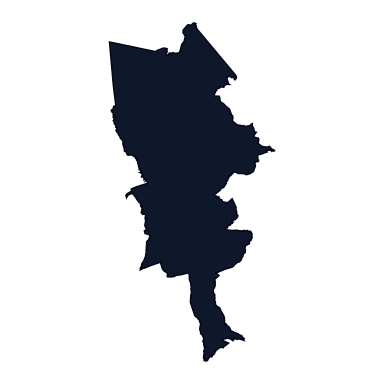 Cocu, Arges, Romania
{"feature_id": "2599482B3683205747186", "entity_name": "Cocu", "entity_type": "district", "adm_level": 2, "iso_a3": "ROU", "parent_name": "Romania", "parent_adm1": "Arges", "projection": "robinson", "projection_center": [24.657, 44.87], "detail": "fine", "context": "isolated", "style": "filled", "palette": "ink", "viewbox_px": 384, "rotation_deg": 0, "n_neighbors": 0, "source": "geoboundaries", "source_scale": "gbopen_adm2", "svg_char_len": 6058}
<svg xmlns="http://www.w3.org/2000/svg" viewBox="0 0 384 384"><path d="M242.8,256.6L243.5,253.7L245.2,252.5L245.4,249.9L244.7,247.7L245.2,247.2L245.5,245.8L249.5,243.5L248.9,241.8L250.9,240.5L252.2,237.2L251.8,235.5L252.0,233.8L250.6,231.3L248.9,231.4L247.2,230.4L246.1,231.1L244.2,230.4L242.4,230.9L239.6,230.8L236.7,230.2L232.1,230.5L226.9,229.9L225.8,230.4L225.5,229.4L226.2,228.0L227.4,227.9L227.9,225.7L230.3,225.1L231.1,223.6L232.2,223.4L233.1,222.2L232.0,222.1L231.4,220.8L233.6,220.2L235.8,219.0L237.6,216.9L237.8,215.3L236.4,213.9L236.8,212.4L235.9,209.1L236.1,207.3L232.1,198.7L228.6,202.1L226.8,202.6L223.8,202.0L222.4,201.6L221.8,199.9L220.0,199.2L219.1,198.1L218.8,196.7L217.9,197.1L216.8,196.5L216.2,195.9L215.2,195.7L214.1,194.5L216.4,193.2L219.8,190.5L221.5,188.2L223.7,187.4L226.3,183.3L225.9,182.1L227.5,180.7L228.2,178.5L228.9,177.6L229.0,176.5L230.7,175.5L232.9,173.2L233.0,172.3L233.3,172.1L236.0,172.2L238.0,173.5L242.4,173.5L244.4,173.8L246.4,174.7L250.3,173.5L253.4,171.4L255.4,166.1L255.4,164.9L254.6,162.9L256.2,161.7L257.4,161.7L258.5,161.2L258.5,160.2L257.7,158.5L257.7,155.8L258.3,154.8L262.9,153.6L263.0,153.3L267.0,152.0L266.6,151.4L267.9,150.2L271.1,150.3L271.7,151.3L272.9,150.7L273.9,151.2L274.5,150.4L271.5,148.8L269.6,146.4L267.3,147.1L263.7,146.8L260.9,145.8L259.4,144.3L258.5,143.9L258.2,142.6L258.8,139.6L258.4,138.2L255.1,137.5L253.5,136.1L255.2,133.8L255.0,133.3L256.3,132.4L255.8,132.0L254.4,132.0L253.8,128.6L252.7,126.7L252.1,124.8L252.3,123.7L251.2,124.2L249.7,125.9L248.1,125.8L246.0,126.5L243.1,125.5L241.0,126.0L240.3,125.3L237.5,125.0L233.3,121.8L232.3,120.2L232.9,118.3L232.7,116.1L231.4,114.5L229.5,109.2L225.7,106.0L223.4,103.6L220.8,102.2L220.0,100.2L219.7,97.3L219.1,96.2L215.2,96.1L213.8,95.7L216.0,90.8L216.6,90.6L216.1,89.4L216.6,89.0L219.1,88.3L219.3,87.8L221.3,86.9L223.7,87.2L224.2,86.8L224.2,85.2L225.8,85.0L226.1,84.4L229.3,84.4L228.7,84.0L226.9,78.9L227.0,78.0L228.6,76.2L229.0,75.9L231.8,77.6L232.2,77.1L233.2,77.5L233.8,77.9L234.6,78.9L234.4,79.4L235.0,79.8L236.2,78.4L236.5,77.3L235.8,75.4L197.1,29.1L196.2,26.9L195.4,26.9L195.4,25.9L196.1,25.6L195.3,24.5L195.9,23.7L194.9,23.1L193.3,23.0L190.9,25.4L188.8,24.7L187.6,25.0L183.1,30.1L183.0,32.8L185.0,35.7L185.2,36.7L184.3,40.9L181.8,44.4L179.8,51.9L178.5,53.0L175.1,53.4L172.7,52.6L171.6,53.2L170.7,54.2L170.1,53.1L169.4,52.9L168.4,54.9L167.3,55.3L166.8,54.7L166.3,53.2L166.4,52.3L167.2,51.9L166.9,50.7L167.1,48.8L165.9,49.0L165.8,48.3L163.3,48.1L157.2,50.4L156.4,50.9L155.9,51.7L109.5,42.0L113.3,85.0L115.8,105.5L113.6,106.5L113.2,108.6L112.5,109.7L111.4,110.0L111.3,110.5L111.8,111.1L111.7,111.7L113.4,113.3L113.2,114.0L113.6,114.5L113.2,115.6L114.2,116.0L114.2,116.5L113.2,117.2L114.0,117.8L113.9,119.0L114.4,119.7L113.3,120.5L113.4,120.9L114.4,121.6L114.2,123.4L115.1,124.6L116.0,125.2L115.7,127.1L116.9,127.6L116.6,129.8L116.0,130.1L116.7,131.9L118.2,133.3L118.3,134.3L120.2,137.2L120.5,138.5L122.0,139.7L123.1,141.9L122.8,144.1L123.9,145.2L123.3,145.9L124.2,148.0L124.5,151.2L126.4,152.2L127.0,154.2L127.6,155.0L129.0,155.2L131.7,154.7L132.6,155.6L135.1,156.9L135.7,158.5L137.3,159.2L136.6,160.1L137.7,161.5L137.7,163.3L138.6,164.9L138.4,165.9L138.8,167.2L140.0,168.5L139.0,169.0L140.8,171.1L141.8,170.7L142.2,170.9L142.2,171.7L140.0,172.6L141.2,173.0L142.5,174.6L142.0,175.4L142.3,175.7L141.4,176.5L141.8,177.1L142.6,176.5L144.0,178.2L144.0,178.9L144.8,178.6L144.4,179.6L145.8,179.0L146.4,179.3L145.5,181.0L147.0,180.2L147.5,181.0L147.2,181.9L147.5,183.0L147.2,183.4L136.5,186.8L131.4,188.9L131.4,191.2L126.9,193.9L125.9,195.3L126.6,197.7L127.4,195.9L128.5,194.9L131.1,193.7L132.6,193.7L133.2,194.1L135.1,196.8L135.9,197.1L136.1,198.3L138.9,202.2L139.5,201.9L140.6,202.3L140.1,203.2L140.3,203.9L140.6,204.6L141.3,204.9L140.7,206.2L141.5,207.1L142.2,207.3L141.9,207.7L142.3,209.3L141.9,209.5L142.1,210.0L141.6,211.1L141.9,211.4L141.4,212.1L141.7,212.1L141.6,213.2L142.9,214.4L144.6,214.1L145.7,215.1L145.2,217.5L145.5,217.9L145.1,218.4L145.3,219.2L145.9,219.1L144.8,225.5L146.5,229.6L146.5,230.4L145.7,230.2L144.4,230.7L145.1,233.6L148.3,234.3L149.9,235.7L149.8,237.0L148.9,238.7L149.1,239.9L147.7,240.5L146.7,241.8L146.3,249.4L146.0,250.3L146.5,252.0L145.7,254.1L145.7,256.0L143.7,260.9L141.9,263.7L141.3,266.7L140.5,267.7L140.2,269.9L144.7,267.6L144.7,268.0L150.5,265.6L160.4,262.2L162.4,268.9L163.7,270.7L167.1,272.9L167.6,274.2L167.2,276.7L171.7,277.0L172.3,276.6L174.4,276.5L175.9,275.4L181.1,274.7L188.7,272.8L189.4,276.3L189.4,279.6L190.5,282.4L191.3,287.7L190.9,289.0L191.3,290.2L191.4,294.2L190.9,294.5L190.4,302.4L194.6,315.0L195.3,316.3L197.7,318.0L197.9,318.8L199.0,319.4L199.0,319.8L199.5,320.3L199.6,321.7L200.7,323.5L199.8,328.3L199.9,330.4L200.8,331.6L200.5,333.0L201.5,334.6L202.7,335.2L202.9,336.8L203.7,337.6L203.7,339.0L202.9,341.5L204.0,343.0L203.7,344.0L203.9,345.2L205.1,345.9L205.1,346.3L204.1,346.9L205.0,348.2L203.7,351.2L204.4,353.9L203.7,354.5L203.9,355.8L203.5,357.2L204.3,358.4L203.1,358.7L204.6,358.9L204.2,360.6L206.2,361.0L207.5,360.4L208.7,358.0L211.0,356.1L211.5,356.8L212.1,356.5L212.4,355.3L214.0,354.3L215.7,351.0L217.2,349.5L220.2,347.5L221.8,347.3L223.2,347.7L223.4,347.1L228.6,343.1L222.9,340.6L221.8,340.5L221.8,340.0L222.3,339.5L227.6,338.1L230.6,338.9L232.9,340.7L234.7,338.5L237.2,339.4L239.0,338.8L244.1,340.4L243.5,339.2L244.2,338.6L242.7,337.5L241.7,335.6L239.0,334.8L238.4,333.9L237.4,334.0L236.5,333.0L234.4,332.9L233.6,331.8L231.9,331.3L230.3,330.1L230.3,329.1L229.0,326.8L226.9,325.6L226.5,324.3L224.9,323.3L224.3,321.5L224.6,320.4L224.2,319.9L224.6,318.9L224.1,318.2L224.3,317.4L223.5,315.2L220.7,310.4L219.8,308.1L219.3,308.1L218.7,307.2L216.6,306.1L215.4,304.3L215.4,302.1L214.5,299.7L214.9,298.9L214.9,297.3L214.6,296.5L214.9,294.8L213.7,293.7L213.6,292.3L213.0,290.2L213.1,289.6L214.4,287.8L215.3,284.8L215.0,283.5L215.3,282.4L214.7,279.3L219.0,275.6L216.1,273.0L225.0,269.2L232.3,267.1L233.1,266.2L233.8,266.0L234.3,265.2L234.4,264.4L235.6,264.0L237.2,262.4L239.3,261.9L240.7,260.5L241.6,258.9L241.6,257.8L242.8,256.6Z" fill="#0f172a" stroke="#020617" stroke-width="1.5"/></svg>